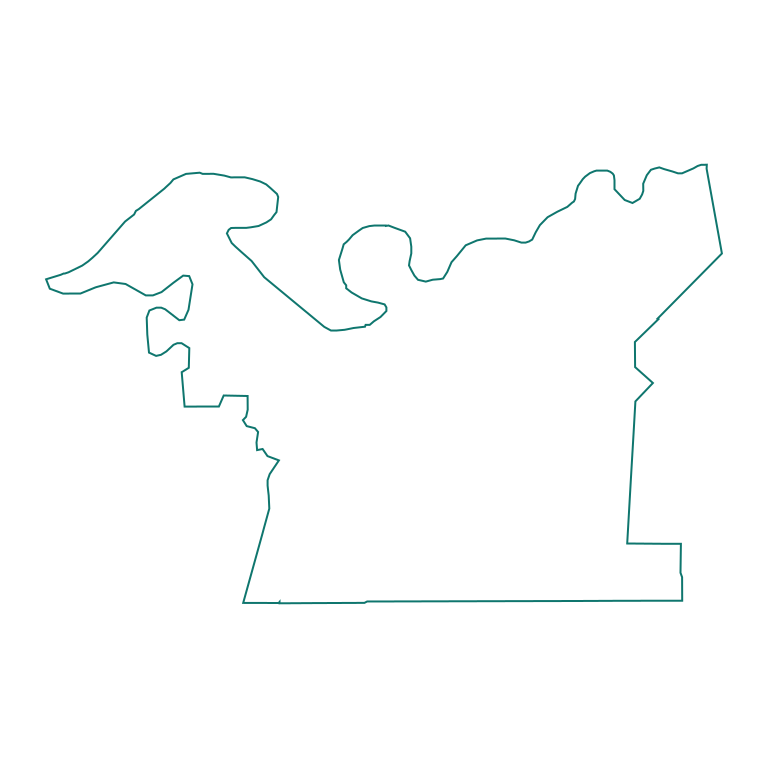 Foni Kansala, West Coast, Gambia (Albers equal-area conic projection)
{"feature_id": "56634734B42615963496738", "entity_name": "Foni Kansala", "entity_type": "district", "adm_level": 2, "iso_a3": "GMB", "parent_name": "Gambia", "parent_adm1": "West Coast", "projection": "albers", "projection_center": [-16.082, 13.232], "detail": "fine", "context": "isolated", "style": "outline", "palette": "teal", "viewbox_px": 768, "rotation_deg": 0, "n_neighbors": 0, "source": "geoboundaries", "source_scale": "gbopen_adm2", "svg_char_len": 3016}
<svg xmlns="http://www.w3.org/2000/svg" viewBox="0 0 768 768"><path d="M243.2,602.9L278.7,603.0L279.5,602.0L279.5,603.3L311.8,603.1L356.8,602.9L364.4,602.9L367.1,601.5L448.4,601.3L575.6,601.0L598.8,600.9L619.5,600.8L682.2,600.7L682.1,577.2L680.5,572.8L680.9,543.8L665.1,543.8L627.2,543.5L630.8,480.5L633.5,434.6L635.4,401.4L652.9,383.0L635.1,367.1L634.9,342.0L658.4,319.2L657.5,318.7L721.9,253.5L706.6,168.7L706.8,164.7L704.2,164.8L701.2,164.8L697.6,166.0L693.4,168.4L682.1,173.3L680.3,173.3L677.9,173.3L672.5,171.5L664.1,169.1L659.3,167.4L654.5,168.6L650.9,169.8L646.8,175.2L643.2,183.7L643.3,190.9L642.1,194.5L639.7,198.8L632.5,203.0L624.7,200.0L614.5,189.2L614.5,180.2L613.9,175.4L612.7,173.6L610.3,171.8L607.3,170.6L603.7,170.6L599.5,170.6L596.5,170.6L594.1,171.3L589.9,173.1L585.1,176.7L582.8,179.1L579.8,183.4L578.0,185.8L575.6,193.6L575.1,199.0L573.9,201.5L572.1,202.7L567.3,206.9L557.6,211.6L557.2,211.8L547.6,217.2L539.9,225.1L535.7,232.3L532.2,239.6L530.1,240.8L529.2,241.4L525.6,242.6L521.4,242.6L514.2,240.3L505.2,238.5L492.6,238.6L486.1,238.6L477.1,240.4L465.7,245.3L456.8,256.2L451.5,262.2L447.3,271.9L443.1,278.5L440.2,279.1L432.9,279.7L432.4,279.8L425.8,281.6L418.0,279.8L414.4,275.6L411.4,270.2L409.0,265.4L409.6,261.2L411.3,253.4L411.3,246.7L410.1,238.3L405.2,231.7L394.5,227.8L388.5,225.5L384.9,226.1L386.7,225.5L374.7,225.5L369.3,226.1L362.7,228.0L359.2,230.4L352.6,235.2L349.0,239.5L346.6,241.9L343.7,244.3L342.5,248.5L338.9,260.0L340.2,269.6L343.8,282.3L346.2,285.3L346.2,288.3L351.6,292.5L361.8,298.4L371.4,301.4L378.0,302.6L384.6,304.4L386.4,307.4L386.4,311.0L380.5,317.0L373.9,321.3L369.7,324.9L365.6,324.9L365.0,326.7L353.6,328.0L347.2,329.3L344.6,329.8L336.9,330.5L330.9,330.5L324.3,326.9L264.2,277.2L251.6,261.0L241.4,252.0L235.4,246.6L231.7,243.0L226.9,233.4L228.7,229.8L231.1,228.0L234.7,227.9L246.0,227.9L250.8,227.3L258.6,226.0L266.4,222.4L271.1,219.3L274.1,215.1L276.5,212.1L278.2,197.0L277.0,194.0L270.4,188.0L266.2,184.4L260.2,181.5L252.4,179.1L244.6,177.3L238.6,177.3L230.9,177.4L224.3,175.6L213.5,173.8L202.7,173.9L199.7,172.7L186.0,173.9L173.4,179.4L170.4,183.0L165.4,187.6L164.5,188.5L138.8,209.1L135.9,210.9L134.1,214.5L125.1,221.5L97.7,252.9L92.4,257.8L88.2,261.4L82.2,265.6L68.5,272.3L64.9,273.5L63.7,273.5L60.7,274.8L47.0,279.0L46.1,279.3L49.8,288.7L63.1,293.6L80.5,293.5L95.2,287.5L96.4,287.1L113.7,282.4L125.6,284.0L145.8,295.4L152.9,295.4L161.5,292.1L173.5,282.7L183.2,275.6L189.2,276.1L192.5,284.3L188.5,309.8L184.2,319.6L179.3,320.2L165.2,309.3L161.3,307.7L156.4,307.7L149.4,310.5L146.7,317.6L147.3,334.6L149.0,352.6L156.1,355.9L161.0,354.8L166.4,351.4L173.5,344.8L177.3,343.2L181.6,343.2L189.3,348.1L188.8,367.8L181.7,372.2L184.6,406.6L218.9,406.5L223.7,395.5L247.6,396.0L247.7,409.7L246.1,416.8L242.9,420.1L246.7,426.1L254.9,428.2L258.1,432.0L256.5,442.5L257.1,450.1L262.6,449.0L267.5,456.1L278.9,460.4L269.7,474.1L267.6,480.2L267.6,485.6L268.2,491.2L268.7,495.5L269.3,508.6L264.1,527.5L262.3,534.2L243.2,602.9Z" fill="none" stroke="#0f766e" stroke-width="2"/></svg>